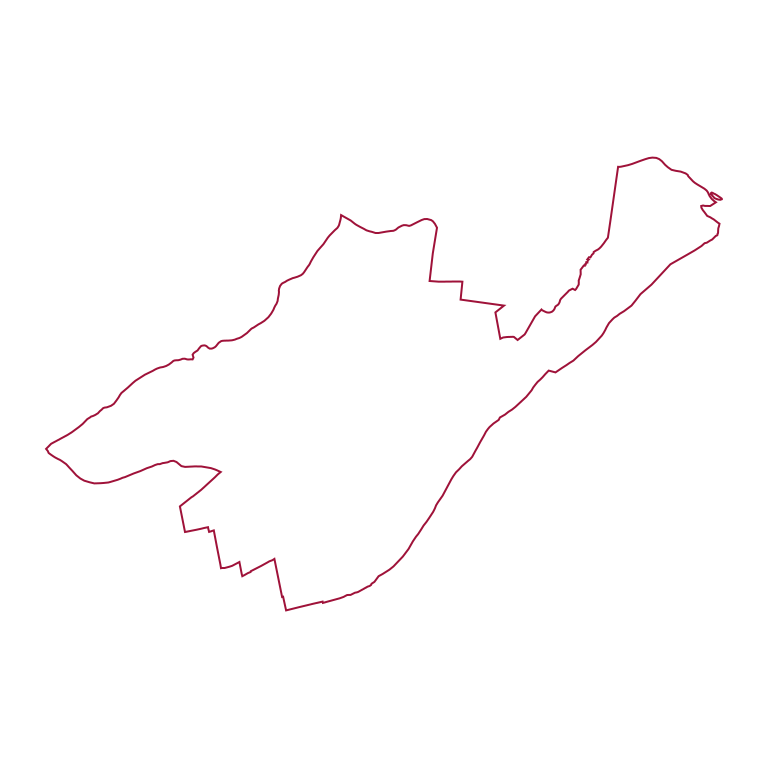 outline of General Paz, Corrientes, Argentina
{"feature_id": "61730980B94998770553919", "entity_name": "General Paz", "entity_type": "district", "adm_level": 2, "iso_a3": "ARG", "parent_name": "Argentina", "parent_adm1": "Corrientes", "projection": "natural_earth1", "projection_center": [-57.724, -27.709], "detail": "fine", "context": "isolated", "style": "outline", "palette": "rose", "viewbox_px": 768, "rotation_deg": 0, "n_neighbors": 0, "source": "geoboundaries", "source_scale": "gbopen_adm2", "svg_char_len": 6096}
<svg xmlns="http://www.w3.org/2000/svg" viewBox="0 0 768 768"><path d="M374.4,581.9L378.6,576.2L382.6,574.0L389.4,569.7L393.5,566.4L402.8,556.6L406.2,552.1L408.6,548.9L412.9,541.3L416.0,536.7L418.2,534.0L421.2,529.4L423.6,525.5L426.4,522.0L429.0,518.2L433.2,511.8L434.9,508.4L436.1,505.3L438.0,502.2L442.6,495.7L451.3,479.4L453.3,476.1L456.0,472.3L459.1,469.3L461.8,466.3L467.9,461.0L470.2,459.1L472.2,456.8L475.6,450.5L477.1,447.9L480.3,441.9L484.1,435.3L485.9,431.8L488.0,428.9L489.6,427.0L493.5,423.5L496.4,421.5L498.7,419.9L499.9,417.5L505.0,414.6L508.5,411.8L512.0,409.6L515.4,406.9L525.2,397.8L526.2,396.9L531.6,390.3L533.2,387.5L535.4,384.6L537.6,381.9L540.2,379.6L542.6,377.2L545.3,374.1L548.7,370.6L555.5,372.4L562.1,367.9L566.5,365.1L569.5,363.0L573.4,360.6L578.2,356.1L585.5,350.2L592.4,345.0L596.0,341.9L601.8,335.6L603.5,333.1L605.2,330.1L606.5,327.4L609.0,323.1L612.6,319.2L614.3,317.6L617.1,315.9L619.7,313.8L624.0,311.2L631.5,305.6L635.3,300.9L640.5,294.1L651.5,284.6L670.4,264.3L686.9,254.9L694.7,250.4L701.5,246.0L704.6,243.2L706.8,242.7L710.1,240.6L712.2,239.5L715.8,235.9L716.9,235.5L717.5,234.9L717.5,234.0L718.0,233.1L718.1,232.1L718.1,231.2L718.3,228.3L719.0,226.1L719.5,223.7L717.8,222.6L713.6,219.3L712.3,218.6L710.3,217.3L707.2,215.9L704.4,212.1L702.8,210.1L701.4,207.7L701.2,206.0L703.1,205.5L704.8,205.9L710.2,206.0L715.9,202.3L713.9,200.9L711.7,198.9L709.7,196.2L708.7,194.2L707.9,192.3L706.6,190.5L704.4,188.7L702.1,187.3L697.4,184.5L694.8,182.8L693.0,181.3L688.3,176.3L687.7,174.9L685.6,173.4L680.7,171.6L675.7,170.8L671.5,169.8L667.8,167.2L665.1,164.8L661.9,161.2L659.2,159.1L656.3,157.9L652.4,157.6L648.8,158.1L645.2,159.2L640.3,160.9L632.2,163.9L627.9,165.2L621.0,166.7L619.1,166.9L618.1,166.8L610.3,221.4L607.9,237.7L606.1,240.0L603.8,243.3L601.1,246.7L599.4,248.4L598.0,249.5L595.7,250.7L593.7,252.0L593.5,253.4L592.0,254.7L590.4,257.4L589.0,257.2L587.4,259.3L588.6,259.7L587.8,260.4L587.4,262.5L586.3,262.2L585.7,264.5L585.1,264.4L584.8,265.7L583.8,265.5L581.4,268.7L580.6,269.7L580.7,274.3L579.6,277.9L578.7,280.6L578.8,282.5L578.7,284.6L576.1,289.0L575.1,290.0L572.6,288.7L569.8,290.1L568.9,290.6L567.7,292.0L561.1,298.6L560.4,299.6L560.0,300.6L559.7,301.8L559.4,302.6L558.7,303.9L557.7,305.0L556.5,305.7L555.4,306.6L554.4,309.1L553.4,310.5L552.0,311.7L550.5,312.3L549.1,312.6L547.5,312.5L546.5,312.3L545.1,311.7L542.1,310.2L541.5,309.5L535.1,316.3L525.4,333.3L524.6,334.5L517.6,340.0L514.0,337.0L513.2,336.8L507.1,337.0L503.1,337.5L500.3,338.8L495.4,312.4L504.0,305.6L460.6,299.6L462.4,281.7L459.6,281.5L458.2,281.5L439.0,281.7L429.6,281.0L432.8,253.4L437.0,227.7L434.9,223.8L432.9,221.3L431.2,220.1L427.2,219.0L424.3,219.1L421.7,220.0L417.0,222.3L410.9,225.4L409.1,225.9L406.2,225.2L403.8,225.1L401.9,225.7L398.4,227.5L395.8,229.7L394.6,230.3L393.4,230.8L390.8,231.0L386.4,231.6L378.5,233.0L375.5,233.0L371.7,231.8L369.5,231.3L366.4,230.3L363.8,228.8L359.9,226.8L356.3,224.8L354.7,223.7L350.7,220.5L341.1,215.1L340.8,218.1L340.4,220.0L339.9,221.8L339.1,224.9L338.6,226.0L337.4,227.9L334.8,230.2L329.7,235.4L327.8,237.7L323.4,244.2L320.1,247.9L317.4,251.0L313.3,257.3L310.9,261.5L309.7,264.0L308.9,265.3L307.9,266.5L306.8,268.1L304.1,272.2L302.8,273.8L301.0,275.2L297.6,276.7L294.4,277.7L292.8,278.1L291.2,278.8L289.3,279.6L287.0,280.7L285.2,281.9L283.1,282.9L281.8,283.7L280.1,285.9L279.1,288.6L278.8,290.9L279.0,291.8L278.7,294.9L277.9,298.6L277.6,301.0L276.5,303.8L275.3,305.6L274.2,307.8L273.5,309.6L272.3,311.7L271.1,313.7L268.4,317.2L264.4,320.8L260.8,323.1L258.4,324.4L255.4,326.4L253.4,327.7L252.4,328.1L251.2,328.9L246.9,333.1L241.6,336.9L239.4,338.0L236.8,338.8L234.9,339.6L232.0,340.3L228.2,340.6L226.7,340.6L224.0,340.7L222.6,340.8L221.2,341.1L218.7,342.8L215.9,346.3L214.7,347.3L212.7,348.3L211.6,348.6L209.7,348.6L208.3,347.8L206.7,346.3L205.9,345.8L204.7,345.4L203.1,345.5L201.7,345.8L200.8,346.3L199.7,347.7L199.1,348.3L198.2,349.6L197.5,350.5L195.3,351.9L193.7,353.1L192.6,354.7L193.5,357.6L192.6,359.4L190.8,359.3L188.6,359.5L187.1,359.4L184.8,358.7L182.5,358.8L180.6,359.6L178.4,360.2L175.9,360.3L174.3,360.5L173.1,361.1L171.7,362.4L168.9,364.5L166.1,366.0L163.1,367.0L160.1,367.5L157.2,368.5L155.1,369.5L152.7,370.9L144.9,374.7L135.5,380.7L132.9,382.9L127.8,387.6L121.4,393.0L119.9,395.1L118.6,397.4L116.2,400.8L113.9,403.8L111.0,405.8L106.9,407.3L104.6,407.6L103.2,408.1L101.5,409.8L100.0,411.0L97.8,413.4L96.5,414.1L95.7,414.7L94.5,415.3L92.7,416.1L91.2,416.5L90.2,417.3L87.3,419.1L82.7,423.9L78.8,427.1L72.0,432.1L67.6,434.9L51.1,443.8L46.1,448.9L47.8,451.0L48.6,452.9L48.8,453.1L50.7,454.5L53.3,456.3L55.2,457.5L58.4,459.2L59.6,459.7L61.7,461.0L66.1,464.1L67.6,465.7L69.2,467.5L72.4,470.9L76.3,475.3L80.3,478.5L84.3,480.7L89.7,482.3L94.3,483.4L100.4,483.2L103.3,483.0L108.3,482.5L110.2,482.0L117.6,479.8L120.5,478.7L122.5,477.8L125.0,477.1L133.6,473.5L140.3,471.1L146.8,468.2L151.9,466.5L155.1,465.0L157.9,464.1L159.9,464.1L162.7,463.1L163.7,463.0L167.7,462.3L170.4,461.1L173.5,460.8L176.5,462.0L181.4,466.1L185.1,466.9L194.9,466.4L201.5,466.5L210.9,468.1L215.1,469.5L217.0,470.3L220.7,472.0L217.8,474.4L214.9,477.3L201.2,489.8L192.9,496.4L191.5,497.2L179.9,506.4L185.0,532.0L196.2,529.8L201.3,528.7L204.1,528.0L208.0,527.2L208.2,528.4L209.1,531.9L213.8,530.4L216.8,546.3L220.4,564.6L221.0,568.2L221.9,568.0L224.6,568.0L229.5,566.7L232.2,565.8L239.4,562.0L241.7,573.9L242.3,576.2L244.6,575.0L247.9,573.1L250.6,572.0L250.8,571.2L261.2,565.9L267.7,562.3L269.4,561.3L272.4,560.2L274.4,558.9L282.1,597.0L283.1,596.7L286.1,610.4L299.3,607.1L306.8,605.3L312.1,604.0L322.6,601.6L322.9,602.9L339.7,598.3L343.6,596.9L345.6,595.8L347.2,595.0L350.6,594.9L355.0,592.7L356.7,592.4L358.0,592.0L367.7,586.6L369.6,586.0L371.1,584.9L371.4,584.0L371.9,583.5L374.4,581.9ZM721.9,199.0L721.8,198.8L721.7,198.6L720.4,197.6L718.9,196.6L716.7,195.1L714.7,193.9L714.2,193.8L712.5,192.8L711.6,192.6L710.8,193.3L710.8,194.1L711.8,195.0L712.1,195.1L712.2,195.6L713.6,197.0L714.2,197.9L715.1,198.4L716.8,199.1L717.2,199.1L718.0,199.5L719.5,199.7L720.3,199.8L721.0,199.4L721.6,199.4L721.9,199.2L721.9,199.0Z" fill="none" stroke="#9f1239" stroke-width="2"/></svg>